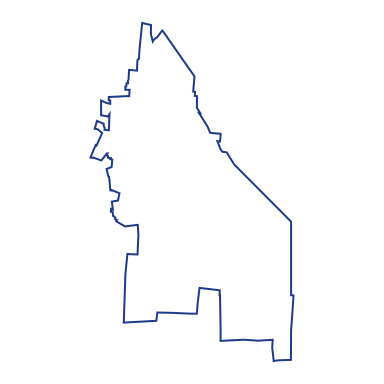 outline of Hopelchén, Campeche, Mexico
{"feature_id": "50627088B35254539369817", "entity_name": "Hopelchén", "entity_type": "district", "adm_level": 2, "iso_a3": "MEX", "parent_name": "Mexico", "parent_adm1": "Campeche", "projection": "natural_earth1", "projection_center": [-89.782, 19.541], "detail": "fine", "context": "isolated", "style": "outline", "palette": "blue", "viewbox_px": 384, "rotation_deg": 0, "n_neighbors": 0, "source": "geoboundaries", "source_scale": "gbopen_adm2", "svg_char_len": 3415}
<svg xmlns="http://www.w3.org/2000/svg" viewBox="0 0 384 384"><path d="M139.7,47.5L139.6,48.1L139.6,48.4L139.5,48.8L139.5,49.8L138.9,58.9L138.5,58.9L137.4,60.2L137.2,65.2L137.0,70.0L137.0,70.6L135.1,70.5L134.8,70.4L134.7,70.4L129.8,69.9L129.5,69.9L129.1,69.9L128.9,73.5L128.7,76.2L128.6,78.5L128.5,79.8L127.9,80.9L128.0,82.3L128.0,83.3L126.5,83.4L126.3,86.4L125.3,86.5L125.4,89.8L129.6,89.8L129.2,96.2L127.4,96.1L125.6,96.2L123.1,96.3L122.9,96.3L122.0,96.4L120.5,96.4L119.3,96.5L118.2,96.6L117.0,96.6L115.8,96.7L114.6,96.7L113.4,96.8L112.2,96.8L111.5,96.9L110.6,96.9L108.8,97.0L108.8,100.4L110.2,100.4L110.2,103.8L107.1,103.2L101.1,100.5L101.1,115.2L107.8,116.5L109.5,114.1L109.4,115.7L109.1,124.4L108.8,130.3L104.5,129.8L104.7,128.0L104.4,127.4L103.7,125.6L103.6,123.7L97.0,120.9L94.7,128.8L96.1,128.9L96.3,128.9L97.7,129.3L101.0,132.0L102.1,133.0L101.2,135.2L101.1,135.5L100.9,135.8L100.8,136.2L100.5,136.9L99.8,138.4L99.7,138.5L99.0,140.0L97.1,144.3L96.5,145.7L96.3,145.6L95.7,145.1L95.3,146.0L95.2,146.2L93.3,150.7L90.5,157.5L93.6,158.0L93.7,157.7L101.3,160.5L106.9,153.4L107.5,153.4L106.2,155.2L107.9,155.9L108.0,157.7L110.8,158.1L110.3,159.3L112.3,159.6L112.2,160.8L111.6,167.0L108.1,168.4L106.6,169.0L107.9,174.5L108.4,176.6L109.1,176.7L109.2,178.2L109.5,180.5L109.6,181.9L109.8,184.6L109.9,184.8L110.1,188.0L110.4,190.4L110.5,190.4L111.8,190.5L111.8,190.1L115.6,191.7L119.5,193.3L118.0,200.3L117.9,200.6L114.1,201.2L111.9,201.6L112.3,205.0L112.9,209.7L111.1,208.9L110.8,211.7L112.6,212.1L112.8,213.3L112.8,213.7L112.9,214.2L113.0,214.5L113.1,215.9L113.3,216.0L113.9,216.4L114.3,216.8L115.2,217.5L115.4,217.6L115.3,218.2L115.0,218.9L116.0,219.8L116.2,220.0L116.4,220.2L116.5,220.2L116.4,220.3L116.1,221.0L117.5,222.0L118.8,222.8L120.4,223.7L123.1,225.3L124.3,226.0L125.0,226.4L126.0,226.3L127.1,226.2L128.1,226.0L129.2,225.9L132.0,225.5L133.1,225.4L135.2,225.2L135.6,225.1L137.7,224.9L138.2,231.3L138.4,234.6L138.4,235.6L138.3,237.3L137.7,250.0L137.7,252.2L137.5,254.5L135.4,254.4L133.3,254.3L132.2,254.3L131.2,254.2L130.1,254.2L129.0,254.1L127.4,254.0L125.4,274.2L123.8,321.6L123.7,322.6L132.3,322.1L156.3,320.8L157.4,312.5L174.2,312.9L180.0,313.2L191.2,313.7L196.8,313.7L197.6,304.0L199.5,287.9L219.8,290.3L219.5,294.8L220.0,294.8L220.1,300.3L220.6,328.8L220.6,340.9L234.0,340.2L243.7,339.7L258.1,340.7L272.7,339.8L272.2,347.3L273.7,361.0L278.4,360.3L290.9,359.9L291.1,330.1L292.3,313.9L293.2,300.7L293.5,295.4L291.1,295.2L291.1,278.6L291.1,271.6L291.1,262.6L291.1,257.7L291.1,221.7L287.7,218.3L286.7,217.2L259.1,189.5L234.3,164.6L233.6,163.5L231.1,159.5L226.7,152.3L225.1,152.1L224.6,152.0L223.2,151.9L222.9,151.9L222.4,151.8L220.4,149.0L219.9,147.7L219.6,146.9L217.4,141.2L220.0,141.6L220.3,138.9L220.4,138.1L220.7,133.8L216.2,133.4L215.5,133.4L214.9,133.3L214.6,133.3L214.2,133.2L213.7,133.2L212.7,133.1L212.3,133.1L212.1,133.0L211.4,132.9L210.1,132.7L209.9,132.3L209.5,131.3L209.3,130.8L209.2,130.6L209.1,130.2L208.9,129.8L208.4,128.5L208.1,127.9L207.9,127.2L207.7,126.9L207.6,126.7L207.3,126.2L207.0,125.8L206.7,125.3L206.4,124.8L206.1,124.3L205.8,123.9L205.5,123.4L205.3,122.9L205.1,122.6L199.0,113.0L200.2,113.2L196.9,107.7L197.0,96.1L194.8,95.9L195.1,91.8L193.2,91.6L194.5,76.4L176.1,50.1L164.9,34.0L162.5,30.6L161.6,31.3L157.2,37.3L156.2,37.8L154.1,39.4L152.8,41.5L150.9,34.3L150.9,32.8L151.0,25.0L142.2,23.0L141.6,28.6L141.0,34.7L139.7,47.5Z" fill="none" stroke="#1e3a8a" stroke-width="2"/></svg>